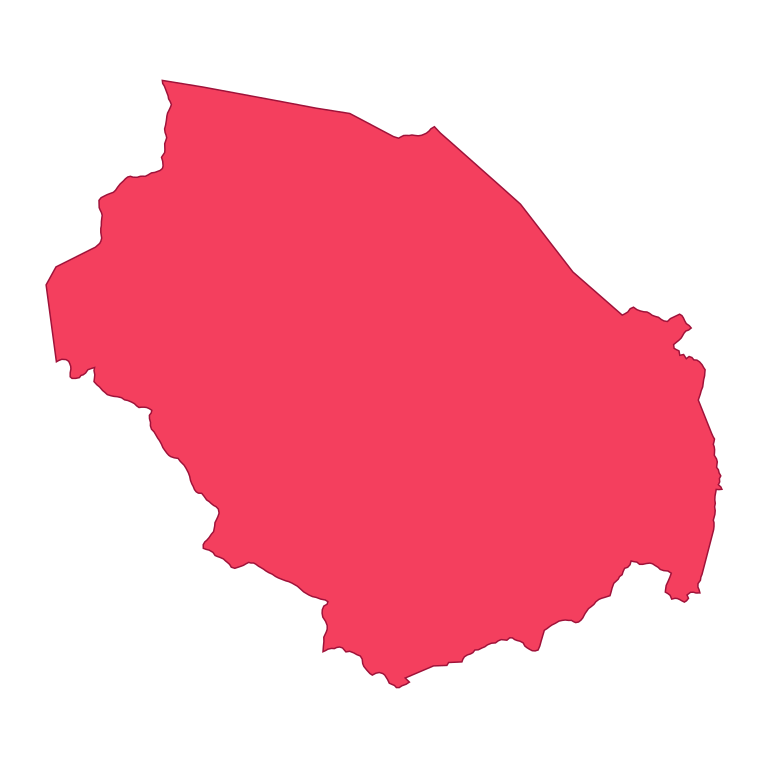 outline of Jeremoabo, Bahia, Brazil
{"feature_id": "56859067B51032558402998", "entity_name": "Jeremoabo", "entity_type": "district", "adm_level": 2, "iso_a3": "BRA", "parent_name": "Brazil", "parent_adm1": "Bahia", "projection": "robinson", "projection_center": [-38.488, -9.985], "detail": "fine", "context": "isolated", "style": "filled", "palette": "rose", "viewbox_px": 768, "rotation_deg": 0, "n_neighbors": 0, "source": "geoboundaries", "source_scale": "gbopen_adm2", "svg_char_len": 5887}
<svg xmlns="http://www.w3.org/2000/svg" viewBox="0 0 768 768"><path d="M323.0,651.7L325.7,650.5L327.9,649.2L331.4,648.4L334.4,648.6L336.6,647.5L339.5,647.0L342.5,647.9L345.9,651.9L349.7,651.3L353.8,652.9L356.8,654.6L360.3,656.0L362.2,659.1L362.7,663.6L363.9,666.5L366.8,670.1L369.9,673.5L372.3,675.1L375.9,673.2L379.3,672.5L382.7,673.5L384.7,675.0L387.6,679.6L389.3,683.2L392.0,684.4L394.5,685.5L396.4,687.6L399.2,687.6L401.9,685.8L406.2,684.2L409.4,682.1L405.2,678.0L417.6,672.7L433.5,665.9L446.9,665.4L448.6,662.5L461.9,661.9L462.8,659.4L464.4,656.8L467.4,654.9L470.6,653.9L472.9,652.6L474.9,650.0L478.3,649.8L481.9,648.0L484.8,646.8L487.5,644.8L491.5,643.2L495.5,642.9L498.3,640.8L501.2,639.6L504.2,639.9L506.9,640.2L509.7,637.8L512.5,637.9L514.5,639.5L517.1,640.5L520.0,641.2L523.2,642.9L524.8,646.0L526.8,647.6L529.2,649.1L532.2,650.7L535.2,650.9L538.1,650.0L539.8,646.0L540.6,643.1L541.3,640.5L542.1,637.9L542.8,635.4L543.6,632.8L544.3,630.3L547.0,628.6L549.7,626.5L551.9,625.0L555.5,623.2L559.0,621.1L562.2,620.4L565.3,620.0L568.5,620.4L571.5,620.4L573.6,621.7L575.7,622.6L578.6,622.0L581.0,620.1L582.8,617.9L584.0,615.5L585.2,613.3L586.7,611.2L588.5,608.6L591.1,606.7L593.9,604.4L595.9,601.7L598.9,599.4L601.5,598.3L604.6,597.4L607.1,596.6L610.0,595.7L611.1,591.9L612.1,588.0L613.8,583.3L616.3,581.0L618.3,579.1L619.5,576.6L622.1,574.7L623.1,571.6L624.6,568.3L627.7,567.3L630.0,564.8L631.1,561.0L633.6,561.6L636.9,562.1L639.5,564.3L642.8,564.3L646.5,563.5L649.9,563.1L652.4,563.7L655.3,565.6L658.1,567.3L660.2,569.4L663.7,570.6L667.9,571.0L671.3,573.2L669.9,577.1L668.1,581.3L666.2,585.4L665.6,589.4L665.3,592.1L667.9,593.6L670.1,595.3L671.7,599.1L675.0,598.3L677.3,598.5L679.6,599.5L681.8,600.8L684.4,602.1L686.5,600.8L688.5,598.3L687.0,595.0L690.5,592.3L693.4,592.2L696.0,593.0L699.9,592.9L699.1,589.8L697.9,587.0L698.0,583.6L700.4,580.3L700.9,577.0L702.0,574.4L713.6,529.8L714.0,526.5L714.0,522.7L713.3,520.2L714.0,517.7L714.9,514.3L715.2,510.6L714.6,506.8L715.3,503.4L714.8,499.9L715.0,496.1L715.7,492.4L716.2,489.4L718.8,489.6L721.9,489.3L720.8,486.9L718.3,484.7L719.7,481.9L719.4,478.5L720.8,475.9L719.1,472.9L718.4,469.8L716.6,467.4L716.9,464.6L717.3,461.9L716.5,458.9L714.3,455.3L714.5,452.3L714.6,449.6L714.2,446.8L713.3,444.3L714.0,441.7L714.5,439.0L713.1,436.7L711.6,433.4L698.3,400.1L699.1,397.6L700.3,394.1L701.2,390.7L702.7,386.9L703.3,382.3L703.7,379.5L704.6,375.8L704.8,373.0L705.1,369.7L703.6,367.5L702.1,364.8L699.6,361.9L696.9,360.1L693.9,359.9L691.9,357.5L689.1,356.5L686.3,358.7L683.6,354.5L679.8,355.3L679.0,350.9L676.1,349.5L674.1,348.3L673.6,344.6L676.0,342.6L679.2,340.0L681.2,338.0L682.7,335.5L684.0,333.2L685.9,331.0L688.7,330.0L691.2,328.0L689.3,325.7L686.3,323.6L684.7,320.8L683.4,317.9L681.9,315.6L679.6,314.2L670.4,318.6L667.4,321.5L663.9,320.9L661.3,319.5L658.5,317.3L655.5,316.5L652.2,315.3L649.5,313.3L647.0,312.0L643.9,311.8L640.5,311.0L637.0,309.7L633.5,307.2L630.2,308.7L627.8,312.0L624.5,314.0L622.2,315.1L572.9,272.0L520.5,204.2L499.7,185.6L449.3,140.9L440.3,133.0L434.4,126.7L430.9,128.8L429.2,130.9L426.4,133.2L423.7,134.4L421.5,135.3L418.2,135.8L414.5,135.4L411.9,135.0L409.2,135.5L406.4,135.4L403.7,135.5L400.7,137.0L398.6,138.2L393.5,136.6L349.8,113.5L316.3,108.2L311.0,107.2L282.5,101.8L202.7,87.0L162.3,80.4L162.7,83.5L164.3,86.0L165.5,89.0L166.9,92.7L168.1,95.8L168.6,98.9L170.1,101.4L171.4,104.6L170.4,107.3L168.9,110.5L167.6,113.0L166.9,116.0L166.4,120.3L165.6,125.1L164.6,128.9L165.1,132.5L166.1,135.2L166.7,137.8L165.7,140.8L164.7,143.7L164.8,146.8L164.9,149.7L164.7,152.5L162.9,155.2L161.5,157.3L162.7,161.3L163.1,166.0L162.4,168.5L160.2,170.4L157.0,171.6L154.8,172.4L151.4,172.9L148.1,174.9L145.3,176.3L142.6,176.2L140.3,176.3L137.2,177.3L133.1,177.2L130.4,176.3L127.7,177.0L125.4,178.8L123.5,180.9L120.3,183.8L117.7,187.1L115.6,190.2L113.4,192.3L109.8,193.6L107.0,194.7L103.6,196.4L101.1,197.7L99.0,200.3L99.1,204.5L99.2,207.7L100.2,210.1L101.4,212.5L102.2,215.3L101.8,218.1L101.4,221.6L101.3,225.8L100.8,228.4L100.8,232.4L101.7,238.1L100.9,241.1L99.7,243.4L95.4,247.2L91.1,249.3L56.0,266.9L46.1,284.9L56.4,361.8L58.5,360.6L61.8,359.3L66.1,359.6L68.7,361.3L69.8,363.7L70.7,366.3L70.9,369.0L70.2,372.8L70.2,376.8L72.0,378.4L75.6,378.4L79.4,377.6L81.0,375.4L83.2,374.8L85.6,373.0L87.9,369.7L91.9,368.3L94.6,367.5L94.0,370.6L94.8,374.8L94.4,378.6L94.0,381.6L96.8,384.7L99.5,386.9L102.6,390.5L104.9,392.4L107.3,394.6L110.8,395.7L114.0,396.4L117.3,396.7L121.5,397.7L124.5,399.8L127.8,400.5L131.4,402.0L134.4,403.6L136.7,405.9L139.0,407.5L141.4,407.2L144.3,407.2L146.7,407.5L149.2,408.6L151.8,410.3L151.2,412.9L149.4,415.3L149.5,418.8L150.5,422.3L150.4,425.8L151.5,429.2L154.1,431.9L156.2,435.5L157.7,438.1L159.5,440.6L161.5,444.3L162.9,447.6L164.9,450.5L166.9,453.2L168.8,455.3L170.7,456.6L174.2,457.8L178.1,458.4L180.3,461.4L182.2,463.3L184.1,465.2L186.1,468.4L188.4,472.8L189.7,476.4L190.5,480.4L191.8,483.8L193.2,486.4L194.5,489.6L196.2,491.8L198.3,493.1L201.7,493.3L204.1,496.3L206.6,499.9L209.3,501.7L211.2,503.5L213.6,505.4L216.1,506.7L218.3,509.0L219.1,513.1L217.9,516.6L216.4,519.8L215.0,522.6L214.7,526.0L214.1,529.1L213.6,531.6L211.3,534.3L209.1,537.6L206.7,540.3L204.8,541.9L203.2,544.7L203.3,548.3L206.2,549.4L209.1,550.1L213.0,552.4L215.1,555.5L217.4,556.5L220.0,557.4L223.4,558.9L225.5,560.9L227.6,562.6L229.6,564.4L231.3,567.2L234.8,568.3L238.8,567.0L241.4,566.1L243.5,565.3L245.8,563.9L248.7,562.4L250.9,563.0L253.6,563.0L255.7,564.1L258.5,566.2L261.1,567.7L263.6,569.2L265.7,570.8L268.7,572.6L272.3,574.2L275.4,576.4L278.3,577.9L282.6,579.6L286.0,580.9L288.7,581.6L292.0,583.1L294.6,584.6L297.4,586.2L300.2,588.7L303.7,591.9L308.9,595.0L312.5,596.6L316.2,597.4L320.7,599.1L325.3,600.0L327.9,601.7L327.1,604.2L323.8,606.1L322.3,609.7L322.1,613.2L322.8,617.1L325.6,621.4L327.2,625.5L327.2,629.2L326.3,631.9L323.8,637.2L323.9,641.4L323.4,646.3L323.0,651.7Z" fill="#f43f5e" stroke="#9f1239" stroke-width="1.5"/></svg>